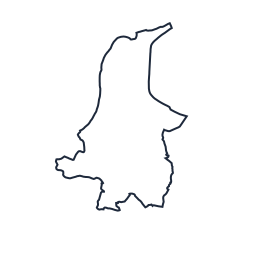 Viet Tri, Phú Thọ, Vietnam (Robinson projection), rotated 245°
{"feature_id": "81297802B93284854578765", "entity_name": "Viet Tri", "entity_type": "district", "adm_level": 2, "iso_a3": "VNM", "parent_name": "Vietnam", "parent_adm1": "Phú Thọ", "projection": "robinson", "projection_center": [105.368, 21.333], "detail": "fine", "context": "isolated", "style": "outline", "palette": "slate", "viewbox_px": 256, "rotation_deg": 245, "n_neighbors": 0, "source": "geoboundaries", "source_scale": "gbopen_adm2", "svg_char_len": 4977}
<svg xmlns="http://www.w3.org/2000/svg" viewBox="0 0 256 256"><g transform="rotate(245 128 128)"><path d="M200.1,209.9L202.2,210.1L205.3,210.1L205.4,208.3L205.3,207.2L205.1,205.0L205.0,203.1L205.1,202.0L205.3,201.4L205.8,200.6L205.9,200.1L206.0,198.6L205.9,195.7L206.1,194.2L206.3,191.9L206.4,191.0L206.6,190.4L207.2,188.9L207.7,187.4L208.5,186.2L209.2,185.8L209.2,185.5L209.4,184.4L209.9,181.6L210.0,180.9L210.2,179.3L210.4,178.8L210.5,177.8L210.6,177.0L210.6,176.5L210.7,175.9L210.2,175.8L209.4,175.5L208.6,175.2L208.0,174.8L207.4,174.3L206.8,173.7L206.4,173.3L206.2,173.0L206.0,172.7L205.9,172.3L205.9,172.0L206.0,171.3L206.3,170.4L206.4,170.1L206.6,169.0L206.8,168.5L207.2,167.8L207.4,167.8L207.6,167.8L208.8,167.3L210.3,166.0L211.8,164.2L212.8,162.6L213.6,160.2L213.9,158.1L214.0,156.9L213.8,155.8L212.6,152.8L212.0,151.4L210.2,148.8L207.4,145.8L206.6,144.0L205.7,142.4L205.4,141.5L205.2,141.1L203.9,138.6L201.7,135.7L200.9,135.0L199.1,133.2L197.1,131.1L194.1,129.4L191.8,128.5L190.8,127.3L190.4,126.7L189.3,125.8L187.9,124.8L185.8,123.7L182.2,122.0L180.5,121.3L178.3,120.3L177.5,120.1L176.7,119.8L175.7,119.7L173.8,118.8L170.6,117.1L168.3,115.7L166.1,113.8L163.3,112.0L162.3,111.3L160.9,110.3L159.8,109.3L158.2,107.7L156.8,106.6L155.8,105.4L155.1,104.2L154.1,102.9L153.3,101.8L152.1,100.3L151.1,98.8L150.3,97.1L149.8,96.5L148.7,94.7L148.1,93.4L147.6,91.5L147.1,89.7L146.9,89.0L146.5,88.2L146.1,86.7L145.9,85.7L145.9,84.5L145.9,83.6L145.5,83.7L144.6,82.9L144.1,81.3L143.6,80.3L143.1,79.7L142.1,79.7L141.7,79.7L140.8,79.7L139.9,80.1L138.5,80.1L137.7,80.1L137.3,80.4L136.1,81.4L134.9,81.7L133.5,81.7L132.3,81.3L129.2,80.3L127.3,79.5L125.9,79.0L125.0,78.1L124.9,77.4L125.4,76.6L127.3,74.8L127.7,73.4L127.4,72.5L125.9,69.6L122.2,65.3L122.4,64.5L124.0,63.0L125.1,61.9L126.5,60.8L127.5,59.8L129.1,58.4L128.7,56.3L128.4,54.9L128.4,54.3L128.7,52.8L128.8,52.2L129.4,51.1L129.8,49.9L128.3,48.6L127.6,48.5L124.5,48.6L123.6,47.4L122.8,46.3L121.6,45.9L120.8,45.9L119.6,46.7L119.0,47.6L118.3,49.0L117.7,49.7L116.5,50.7L115.6,50.8L113.8,50.0L113.0,49.4L111.7,49.5L110.3,50.1L109.5,50.7L108.7,51.7L107.3,53.5L106.8,54.6L106.4,57.2L105.9,60.1L105.8,61.7L105.5,62.5L105.1,64.2L103.5,66.2L102.8,66.9L101.4,69.1L100.5,70.9L99.6,72.2L97.5,74.1L96.3,75.4L96.2,75.9L96.2,77.8L96.3,78.2L96.2,78.5L95.5,79.4L94.2,80.7L91.7,81.7L90.9,81.7L89.8,82.0L88.6,82.1L88.5,81.7L88.7,81.4L89.1,81.0L89.0,80.6L87.8,80.3L86.9,79.7L85.6,78.7L84.7,78.1L84.1,78.0L83.4,78.1L81.9,78.9L81.1,79.4L80.6,79.4L80.4,79.2L81.1,78.3L81.2,77.8L81.1,77.0L80.7,76.1L79.3,74.9L77.3,73.2L75.2,71.4L74.9,70.5L74.5,69.9L74.0,69.4L71.8,68.7L70.8,68.2L70.1,67.4L69.5,66.6L69.0,66.1L67.9,66.3L66.8,66.9L66.1,67.7L66.0,68.4L65.6,69.7L64.9,70.9L64.6,71.4L65.4,72.0L65.7,73.4L65.1,74.4L63.6,75.9L62.8,77.5L61.4,79.3L59.3,81.5L57.5,83.7L57.1,85.0L57.1,85.8L57.7,85.9L58.8,86.0L59.1,86.3L59.1,86.8L59.2,86.5L60.2,85.6L61.3,85.0L62.2,84.6L63.1,84.8L65.1,85.6L65.0,86.0L64.4,86.5L64.3,87.3L65.0,87.6L65.0,88.3L64.8,89.0L63.9,90.2L63.6,90.7L63.4,91.6L62.8,93.9L63.7,95.9L64.3,97.3L65.7,99.7L66.1,100.6L66.3,101.1L66.7,101.4L67.7,101.4L67.7,102.0L66.8,104.0L66.7,104.1L66.3,104.6L65.9,105.0L65.2,105.7L64.5,105.9L63.5,105.7L60.4,106.8L58.5,107.4L56.7,108.4L54.9,108.9L53.2,109.1L49.9,109.9L48.8,110.2L48.8,111.4L48.9,112.5L49.1,113.3L49.5,113.9L49.5,114.2L49.1,115.1L48.8,116.1L48.8,116.8L48.6,117.0L47.7,117.1L47.2,117.3L47.3,117.4L47.2,118.4L46.8,119.1L44.2,122.5L42.0,125.9L44.2,127.5L46.0,129.1L48.2,129.8L49.7,130.3L50.8,131.0L51.6,132.1L52.0,134.0L52.6,135.3L54.7,138.1L55.1,138.6L55.4,138.4L56.0,138.0L56.8,138.0L57.3,138.4L57.6,139.1L57.8,139.9L57.9,140.5L58.8,140.9L59.2,141.4L59.4,142.2L59.7,143.1L59.9,143.2L60.5,143.1L60.8,143.5L60.7,144.1L60.9,144.3L61.2,144.5L62.7,145.1L63.6,145.3L65.4,146.1L66.3,146.7L67.1,147.4L67.7,148.3L68.1,149.5L68.8,149.9L69.2,150.0L70.3,150.2L71.6,150.8L72.5,151.1L72.9,151.1L73.3,151.4L73.9,151.9L74.5,151.9L75.4,151.9L77.7,152.7L80.7,151.4L82.8,150.2L84.7,149.3L84.5,150.5L84.6,151.6L84.8,152.3L85.0,152.5L85.5,152.9L85.9,153.1L86.3,152.8L86.8,151.6L87.2,151.4L87.7,151.4L88.0,152.0L88.3,152.3L88.5,152.8L89.0,152.8L89.5,152.7L91.6,153.0L92.2,153.2L95.2,154.2L98.6,154.5L100.2,154.9L101.4,154.9L102.7,154.5L103.0,154.4L103.4,154.7L103.9,155.5L104.4,155.8L105.2,155.9L106.1,155.9L107.4,156.4L109.0,157.6L110.0,158.7L110.5,159.3L111.2,160.0L110.5,160.5L108.1,163.2L107.5,164.6L107.5,165.7L107.4,171.4L107.3,174.0L107.5,175.7L107.8,176.1L108.7,177.7L113.8,186.2L118.5,180.9L123.1,177.1L126.7,174.4L129.5,174.4L131.6,172.9L132.3,172.3L133.4,171.4L135.2,170.0L137.3,168.5L139.5,167.0L141.2,166.0L143.3,164.7L145.1,163.9L146.4,163.5L147.4,163.2L148.1,163.0L149.7,162.7L150.9,162.7L152.4,162.9L154.9,163.6L161.2,166.4L165.8,168.9L167.9,170.1L169.9,171.1L171.6,172.0L186.6,180.0L187.0,180.3L190.1,181.9L191.1,182.6L192.8,183.7L193.8,184.8L195.0,186.9L195.8,189.0L196.7,192.3L197.0,193.2L198.1,197.7L198.5,200.3L198.6,201.3L199.9,207.8L200.1,209.9Z" fill="none" stroke="#1e293b" stroke-width="2"/></g></svg>